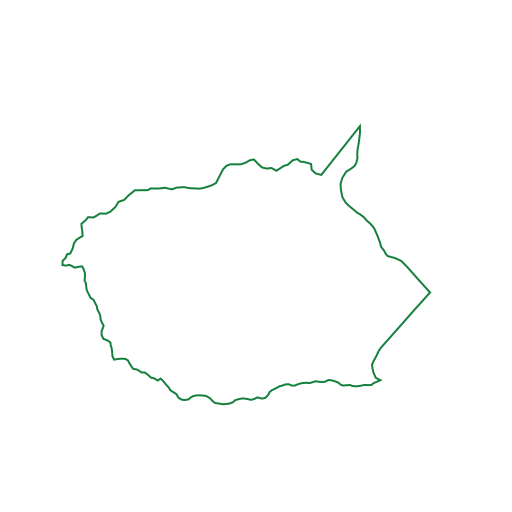 the district of Rio da Conceição, Tocantins, Brazil, rotated 25°
{"feature_id": "56859067B79887168793854", "entity_name": "Rio da Conceição", "entity_type": "district", "adm_level": 2, "iso_a3": "BRA", "parent_name": "Brazil", "parent_adm1": "Tocantins", "projection": "albers", "projection_center": [-46.742, -11.308], "detail": "fine", "context": "isolated", "style": "outline", "palette": "green", "viewbox_px": 512, "rotation_deg": 25, "n_neighbors": 0, "source": "geoboundaries", "source_scale": "gbopen_adm2", "svg_char_len": 3044}
<svg xmlns="http://www.w3.org/2000/svg" viewBox="0 0 512 512"><g transform="rotate(25 256 256)"><path d="M86.5,295.5L84.2,300.7L85.6,303.2L88.0,306.8L90.4,311.1L88.8,313.4L86.4,317.1L85.7,321.3L86.7,327.2L86.6,332.3L84.0,334.3L84.4,337.7L82.8,342.2L84.4,346.0L87.7,345.1L90.8,342.8L93.9,343.0L96.8,343.1L99.7,340.8L102.8,338.9L105.4,340.8L108.5,344.2L109.9,347.6L111.0,350.7L113.3,352.5L114.7,354.9L116.3,357.5L118.6,359.8L120.8,361.5L123.7,363.9L127.1,364.3L130.4,366.9L133.0,368.8L134.6,371.3L136.9,373.0L139.6,375.3L142.1,379.3L145.0,381.9L147.3,383.4L147.7,386.1L147.8,389.2L149.4,392.8L152.7,395.6L157.5,395.3L160.7,396.0L162.3,398.7L164.2,400.6L166.0,403.5L168.4,407.7L171.2,409.9L174.5,407.6L178.1,405.6L181.1,404.5L184.0,404.7L186.5,406.6L189.7,408.7L192.5,410.2L195.5,409.3L198.7,409.4L201.4,410.0L204.3,408.6L208.3,409.3L212.1,410.6L216.0,409.9L219.6,410.4L221.2,407.5L224.3,408.3L228.6,410.5L232.6,412.1L235.0,413.8L239.0,414.4L242.2,414.8L245.6,417.2L249.5,417.6L252.4,416.6L255.4,414.5L256.9,411.3L258.9,409.0L261.6,407.1L264.7,405.7L269.8,403.9L274.8,404.4L277.5,405.7L281.0,406.5L285.4,405.2L288.8,404.3L291.3,402.8L294.2,401.0L296.9,398.3L298.1,395.4L301.0,392.9L303.9,390.8L307.5,389.5L312.2,388.5L314.7,386.5L316.8,383.7L321.7,382.7L324.4,380.6L325.8,376.6L325.8,373.5L327.1,371.0L329.8,367.7L332.2,364.3L334.4,362.5L337.0,359.9L339.8,358.4L342.6,358.4L345.6,357.3L348.2,354.5L351.2,351.9L354.8,349.8L358.3,348.5L360.8,346.3L363.1,344.2L366.9,343.2L371.1,341.3L374.2,337.7L376.8,336.8L380.4,336.2L383.9,335.9L386.7,336.8L389.4,336.7L391.9,335.3L395.7,333.2L398.7,333.0L402.2,331.6L405.7,329.4L408.7,327.0L412.1,325.7L415.1,324.1L416.4,321.4L418.7,318.9L421.2,316.0L416.1,315.8L412.2,312.5L409.4,309.1L407.0,305.3L407.0,300.8L407.3,297.1L407.4,293.9L407.3,290.6L407.9,286.5L409.5,281.2L410.7,277.1L411.8,273.6L412.9,269.8L414.2,265.3L415.4,261.4L423.1,235.3L424.6,230.5L426.5,224.2L427.5,220.9L429.2,215.5L424.2,213.4L420.4,211.8L413.0,208.7L405.7,205.5L397.8,202.1L389.5,199.0L386.0,199.1L382.7,199.1L379.3,199.8L375.4,200.4L372.9,199.4L369.7,197.0L365.4,194.7L362.4,191.1L357.4,186.2L351.7,181.2L348.9,179.6L345.3,178.2L340.9,176.9L337.8,175.4L332.4,174.2L329.5,174.0L323.9,172.5L319.4,171.4L314.6,169.7L309.7,166.4L305.0,160.2L302.2,154.9L301.2,148.8L302.1,141.5L305.0,137.1L307.3,132.8L307.6,129.4L306.5,124.2L304.8,121.1L303.1,116.8L301.4,110.3L298.2,100.4L295.3,94.4L280.9,154.9L275.1,155.9L270.1,154.4L267.1,149.4L262.9,149.9L259.2,150.7L256.4,151.7L252.4,150.7L248.7,153.9L246.3,159.8L243.3,162.4L238.5,170.1L232.8,169.7L228.6,172.3L224.0,173.2L218.9,171.6L213.3,169.4L209.9,171.9L207.1,175.9L203.5,179.3L193.8,183.9L191.1,186.8L189.5,191.4L188.9,206.8L186.3,210.3L183.9,212.7L178.8,217.2L176.4,218.8L167.2,222.6L161.6,224.0L155.0,227.7L151.7,231.1L148.1,231.9L144.7,232.6L139.3,236.0L135.6,237.7L132.2,239.1L130.0,242.1L118.5,247.6L115.0,254.6L112.8,260.9L108.5,265.0L107.8,271.1L105.2,277.5L102.2,281.0L96.5,283.5L94.7,286.6L92.3,289.8L87.4,291.8L86.5,295.5Z" fill="none" stroke="#15803d" stroke-width="2"/></g></svg>